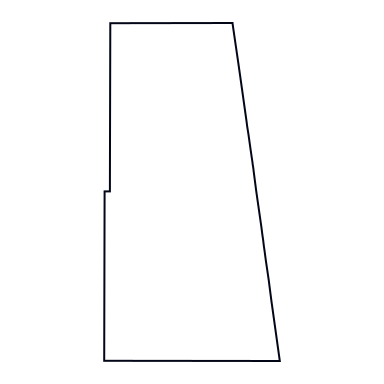 the district of Adair, Oklahoma, United States of America
{"feature_id": "52423323B59110128996331", "entity_name": "Adair", "entity_type": "district", "adm_level": 2, "iso_a3": "USA", "parent_name": "United States of America", "parent_adm1": "Oklahoma", "projection": "orthographic", "projection_center": [-94.555, 35.9], "detail": "fine", "context": "isolated", "style": "outline", "palette": "ink", "viewbox_px": 384, "rotation_deg": 0, "n_neighbors": 0, "source": "geoboundaries", "source_scale": "gbopen_adm2", "svg_char_len": 575}
<svg xmlns="http://www.w3.org/2000/svg" viewBox="0 0 384 384"><path d="M232.5,23.0L110.3,23.2L110.0,142.9L109.9,191.4L104.6,191.4L104.2,360.8L279.8,361.0L271.9,304.4L271.6,302.4L269.1,283.1L268.9,281.3L268.3,277.2L265.9,260.9L265.6,258.7L265.1,255.0L265.0,254.3L264.8,252.6L263.8,245.6L263.1,239.7L262.4,235.0L261.4,227.1L256.2,190.9L253.5,170.0L253.5,169.7L253.4,168.8L252.6,163.7L252.5,162.6L250.6,149.7L248.6,135.4L247.7,129.6L247.1,125.9L246.7,122.5L240.4,77.7L240.3,77.0L238.1,61.6L233.4,29.4L232.5,23.1L232.5,23.0Z" fill="none" stroke="#020617" stroke-width="2"/></svg>